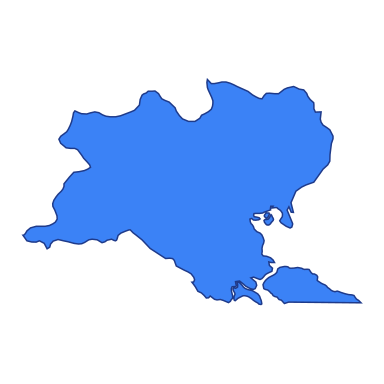 the district of Kalabakan, Sabah, Malaysia
{"feature_id": "92858781B64999201183352", "entity_name": "Kalabakan", "entity_type": "district", "adm_level": 2, "iso_a3": "MYS", "parent_name": "Malaysia", "parent_adm1": "Sabah", "projection": "orthographic", "projection_center": [117.507, 4.476], "detail": "fine", "context": "isolated", "style": "filled", "palette": "blue", "viewbox_px": 384, "rotation_deg": 0, "n_neighbors": 0, "source": "geoboundaries", "source_scale": "gbopen_adm2", "svg_char_len": 5502}
<svg xmlns="http://www.w3.org/2000/svg" viewBox="0 0 384 384"><path d="M23.0,235.3L26.9,240.8L31.7,242.0L36.2,242.1L39.4,240.8L44.2,243.3L47.1,248.8L49.7,247.2L50.6,244.0L53.2,241.1L58.0,239.5L60.6,240.1L63.5,240.8L68.3,241.8L74.1,243.4L78.6,244.0L81.8,243.7L84.7,242.4L88.8,239.8L92.1,239.2L97.2,239.8L102.0,242.7L104.9,241.8L107.1,240.2L111.6,239.2L114.2,240.5L115.5,240.8L116.5,240.2L117.1,238.9L118.1,235.4L120.9,233.1L125.4,231.2L129.0,229.9L130.3,229.9L133.1,232.8L136.0,235.0L142.1,239.9L150.2,248.5L165.6,258.5L169.7,258.2L172.6,258.6L174.3,260.4L175.1,262.7L176.3,266.0L184.1,270.1L188.0,271.9L191.1,273.8L193.8,277.3L194.6,279.8L193.6,282.0L191.9,282.2L193.4,284.1L195.4,286.9L197.9,291.3L201.4,292.9L204.1,295.4L206.3,298.0L208.6,297.8L210.2,296.0L214.5,299.3L217.0,299.9L220.3,299.5L223.0,300.3L228.5,302.6L230.4,301.3L231.2,299.7L232.6,298.3L232.6,295.8L231.4,290.9L231.4,288.4L232.2,286.7L235.5,286.5L236.5,285.7L235.9,284.1L235.5,281.6L239.6,281.0L243.7,284.3L245.6,286.1L248.0,287.4L250.3,288.6L253.4,289.4L255.2,288.6L256.7,285.3L255.8,282.0L250.9,277.9L253.6,277.1L256.7,278.3L260.0,279.5L261.8,278.7L263.4,277.1L264.9,275.2L266.3,274.0L268.6,272.8L271.9,271.3L272.5,268.2L269.4,265.4L268.8,261.9L271.0,262.5L274.5,262.5L273.1,260.0L270.6,257.8L266.7,256.3L263.2,255.9L261.8,254.1L262.2,251.4L262.0,248.3L262.6,245.4L263.6,243.2L264.1,240.7L263.2,237.8L261.8,234.8L260.1,233.1L256.9,231.7L254.2,229.0L253.4,226.5L252.1,224.5L251.1,223.7L250.3,221.8L249.9,219.1L251.7,218.5L253.4,220.0L255.6,220.2L258.7,219.8L260.1,218.9L259.1,217.7L256.7,217.1L254.2,216.7L253.6,215.2L254.0,213.6L255.8,213.4L258.1,213.4L259.5,213.4L262.8,213.0L263.6,212.4L270.6,209.9L270.4,208.5L270.8,206.2L273.1,206.2L271.9,208.0L275.3,207.6L276.8,207.6L278.2,208.9L279.5,209.7L280.7,210.7L282.3,213.0L282.5,214.6L282.3,216.7L280.7,219.1L279.7,220.8L281.1,222.8L283.0,224.1L286.2,226.3L290.1,228.0L291.8,227.1L292.6,224.5L292.6,223.5L287.1,210.1L288.9,206.8L291.2,212.2L293.4,212.4L291.0,202.7L295.9,191.2L301.6,187.1L305.9,185.0L309.2,183.8L313.8,182.2L320.7,172.5L323.0,169.2L327.7,164.9L329.8,161.2L330.0,154.6L331.4,143.5L332.9,139.1L333.0,138.6L333.0,136.1L329.8,129.8L326.7,127.5L323.0,125.1L321.1,122.2L320.3,119.1L321.1,111.9L315.4,112.1L313.9,108.8L313.9,104.9L313.7,102.7L310.2,99.6L307.8,96.3L306.7,93.4L303.7,89.9L299.1,89.1L296.3,87.7L293.6,86.5L287.4,87.9L284.2,89.3L278.6,93.7L274.7,93.7L269.6,93.2L266.3,93.4L264.2,95.5L262.0,98.8L259.1,98.4L256.0,96.9L252.5,94.9L248.0,91.4L244.9,90.0L237.1,86.5L233.8,84.8L230.1,83.2L226.0,82.0L221.9,82.0L218.7,82.8L214.3,83.6L211.3,83.6L207.4,79.5L206.9,82.4L207.4,87.5L208.2,89.8L210.0,93.7L211.7,97.4L212.9,100.8L212.9,103.3L212.5,106.2L211.3,109.3L208.4,111.7L204.7,113.8L201.6,115.2L199.8,118.3L195.0,121.4L188.5,121.4L182.5,118.9L179.4,115.6L176.3,111.1L175.1,107.8L169.2,102.1L164.9,100.4L161.8,98.8L160.1,96.3L158.5,93.6L155.0,91.0L152.3,91.2L148.2,91.2L146.2,93.0L143.7,93.9L142.1,95.1L140.2,99.4L139.4,105.1L134.5,110.3L130.8,111.9L120.5,115.8L115.6,116.8L110.2,116.8L105.9,116.2L102.4,114.8L98.9,112.7L94.8,111.9L90.3,112.9L86.8,114.0L81.5,113.7L78.8,112.7L74.9,110.9L73.5,112.9L72.9,116.4L71.6,121.7L70.2,125.4L68.3,129.3L66.7,131.8L60.7,136.3L58.9,139.2L60.7,143.3L66.1,147.8L70.6,148.4L74.7,148.4L77.6,149.7L81.7,155.2L83.7,158.3L87.2,162.0L89.7,164.9L90.5,167.3L87.6,169.2L84.3,170.6L79.0,171.7L73.8,172.3L69.5,177.0L64.0,183.8L64.0,186.4L62.9,189.1L61.3,191.2L58.2,194.2L56.2,196.7L53.9,200.2L52.7,203.7L52.9,206.4L54.9,210.3L57.0,215.8L57.2,219.1L55.3,222.2L52.9,223.8L49.4,225.5L45.1,226.3L38.9,226.3L36.2,226.3L30.5,227.9L27.0,230.8L25.3,233.7L23.5,235.3L23.0,235.3ZM289.5,268.1L289.0,267.7L288.2,267.0L286.9,266.6L285.6,266.5L284.3,266.5L279.9,267.4L277.8,268.9L276.8,272.4L275.2,274.0L273.5,275.1L271.3,276.2L269.0,277.4L267.1,278.9L265.5,280.4L263.8,282.9L263.0,284.7L263.8,288.6L265.2,289.4L267.7,290.0L269.6,291.6L270.9,293.1L272.2,294.0L273.1,295.6L274.7,296.5L277.1,297.1L279.0,299.5L280.3,299.9L281.4,300.2L284.4,303.5L288.6,302.1L361.0,302.8L358.6,300.4L356.5,299.1L355.2,297.4L354.0,295.5L352.0,294.9L348.6,294.6L345.3,293.8L340.8,292.4L338.9,291.6L337.2,291.1L335.0,291.7L332.9,291.2L331.2,290.3L329.4,288.7L327.5,287.4L326.6,286.1L325.0,284.9L322.8,284.0L321.4,283.3L318.2,281.2L317.2,280.4L317.4,279.0L317.7,276.9L316.8,275.3L314.5,274.0L312.6,273.9L311.2,272.7L309.1,269.5L307.9,269.3L306.2,269.3L304.3,269.4L303.0,269.0L301.8,268.3L297.7,267.5L293.9,268.1L291.8,268.2L290.6,268.2L289.5,268.1ZM243.5,287.2L242.5,285.8L241.3,284.5L239.6,282.8L238.4,282.0L237.2,282.8L237.6,284.3L237.7,285.7L237.5,287.2L235.6,288.3L234.4,287.9L233.5,288.1L233.0,288.9L233.3,290.4L234.2,292.0L234.8,293.1L235.0,294.4L234.3,295.8L234.0,297.1L233.9,298.7L234.3,300.3L235.2,300.7L238.0,298.3L240.5,297.0L242.9,295.8L244.8,295.7L247.1,296.2L248.6,296.8L251.4,298.6L253.4,300.3L255.6,301.8L257.7,302.9L258.9,304.1L261.0,304.5L261.8,303.9L261.5,301.9L261.1,300.2L260.3,298.3L259.6,296.2L257.8,293.9L256.0,292.8L253.8,291.5L252.2,290.6L250.4,290.2L247.6,289.5L245.2,288.5L243.5,287.2ZM273.5,219.3L273.0,218.0L272.4,217.1L271.6,215.2L271.0,214.6L270.2,216.3L269.7,217.2L269.1,218.2L268.2,219.2L267.2,219.4L266.1,219.6L265.2,219.4L264.0,220.4L264.4,222.1L265.6,223.8L266.6,224.8L268.1,225.1L269.4,224.7L270.6,223.6L271.2,222.6L272.3,221.4L273.1,220.5L273.5,219.3ZM267.8,217.3L268.4,216.3L269.4,214.2L269.0,213.0L266.1,212.9L264.8,214.6L264.3,215.6L264.5,216.7L265.7,217.6L266.4,218.4L267.8,217.3Z" fill="#3b82f6" stroke="#1e3a8a" stroke-width="1.5"/></svg>